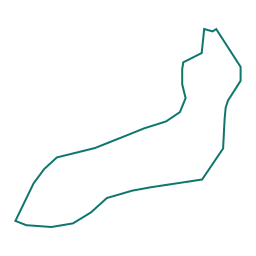 the district of Nam-gu [South District], South Jeolla, South Korea
{"feature_id": "91817680B68494559899558", "entity_name": "Nam-gu [South District]", "entity_type": "district", "adm_level": 2, "iso_a3": "KOR", "parent_name": "South Korea", "parent_adm1": "South Jeolla", "projection": "natural_earth1", "projection_center": [126.87, 35.102], "detail": "fine", "context": "isolated", "style": "outline", "palette": "teal", "viewbox_px": 256, "rotation_deg": 0, "n_neighbors": 0, "source": "geoboundaries", "source_scale": "gbopen_adm2", "svg_char_len": 480}
<svg xmlns="http://www.w3.org/2000/svg" viewBox="0 0 256 256"><path d="M202.1,179.5L223.1,148.5L224.6,119.1L225.7,107.5L228.0,100.5L240.6,80.8L240.6,66.9L216.2,29.1L212.6,31.4L204.2,29.0L201.7,53.0L183.3,62.3L182.2,69.2L182.2,84.3L185.6,98.2L179.9,112.1L166.1,121.4L144.3,128.3L95.0,148.0L56.9,157.4L44.2,169.0L33.5,183.5L15.4,220.9L26.3,225.2L51.4,227.0L72.9,223.4L90.8,212.5L106.9,198.0L132.0,190.7L151.7,187.1L202.1,179.5Z" fill="none" stroke="#0f766e" stroke-width="2"/></svg>